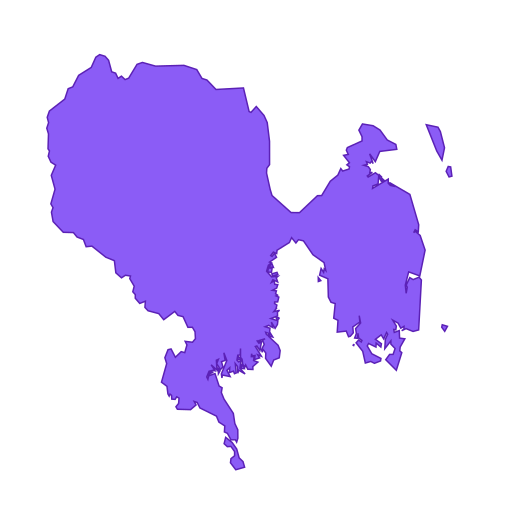 Ambanja, Diana, Madagascar (Equal Earth projection), rotated 176°
{"feature_id": "10022922B10293113814705", "entity_name": "Ambanja", "entity_type": "district", "adm_level": 2, "iso_a3": "MDG", "parent_name": "Madagascar", "parent_adm1": "Diana", "projection": "equal_earth", "projection_center": [48.458, -13.784], "detail": "fine", "context": "isolated", "style": "filled", "palette": "violet", "viewbox_px": 512, "rotation_deg": 176, "n_neighbors": 0, "source": "geoboundaries", "source_scale": "gbopen_adm2", "svg_char_len": 6131}
<svg xmlns="http://www.w3.org/2000/svg" viewBox="0 0 512 512"><g transform="rotate(176 256 256)"><path d="M292.7,435.0L297.5,436.9L302.1,446.1L314.6,451.2L342.9,452.4L355.8,457.0L361.3,455.5L370.6,442.3L374.3,441.1L377.7,444.8L381.2,442.8L383.3,448.2L387.1,449.8L389.4,461.5L392.7,465.8L397.9,467.8L401.9,465.5L407.2,455.6L420.3,448.6L427.0,437.5L431.7,436.0L435.8,425.9L452.0,415.0L454.6,408.9L453.6,403.5L455.8,398.1L454.5,392.3L456.0,377.4L454.7,375.2L456.3,370.0L454.0,363.9L449.5,360.6L454.6,350.7L451.8,336.7L457.0,322.3L455.1,318.4L457.0,314.0L456.0,304.5L446.6,293.1L436.5,292.1L433.2,287.4L427.0,284.5L424.8,277.1L419.0,277.3L405.8,265.2L397.6,261.2L397.0,249.0L391.7,243.6L387.6,245.9L382.6,244.8L383.5,242.2L379.6,234.4L381.4,228.9L379.1,225.9L379.4,222.3L375.3,216.8L369.5,218.6L370.4,212.5L367.5,208.9L357.0,205.3L352.5,198.9L340.9,206.4L338.0,202.2L333.0,200.6L328.9,189.6L324.4,189.3L322.1,184.7L322.2,177.7L325.4,174.4L332.6,175.8L331.1,172.1L333.8,164.6L337.3,165.8L343.5,160.6L347.2,169.2L350.3,168.7L354.0,160.9L352.6,154.9L359.1,136.7L353.9,132.2L353.5,124.6L352.4,122.3L351.4,124.2L350.0,122.9L350.0,119.1L346.7,118.6L344.9,121.1L342.7,119.6L343.5,114.3L346.4,111.2L345.1,108.6L332.0,107.3L326.2,111.6L327.8,115.2L324.9,114.0L322.5,108.3L306.6,99.0L304.6,92.9L299.0,88.7L299.8,82.7L296.9,81.1L293.8,74.4L289.4,74.1L288.3,71.7L286.8,75.5L286.3,83.9L288.8,90.4L289.6,100.6L297.9,115.5L300.1,122.2L299.0,126.9L301.9,128.9L305.1,141.6L311.6,139.7L312.6,136.3L313.6,138.8L310.9,144.3L306.9,145.0L304.8,144.3L308.3,150.6L302.9,144.9L302.8,154.8L300.7,155.6L302.7,151.4L299.4,145.2L296.7,147.6L297.8,153.0L294.1,154.0L294.8,161.7L292.4,153.8L298.8,140.7L298.5,136.7L297.8,139.6L290.2,137.5L293.0,144.0L290.0,146.4L290.6,141.6L286.5,142.7L285.7,140.1L283.9,140.7L284.2,150.1L282.2,147.2L282.3,140.3L281.3,143.3L275.1,139.1L279.9,145.1L278.4,152.2L280.8,151.6L282.3,153.5L281.1,158.3L278.6,158.4L277.9,164.8L278.5,155.9L277.1,154.0L276.8,148.9L274.8,146.1L273.9,148.0L272.1,143.6L267.0,143.0L266.9,145.9L261.5,150.0L265.7,151.9L264.9,155.7L267.7,155.9L267.2,158.8L266.8,156.6L263.9,156.8L264.7,152.8L259.5,154.1L261.2,157.3L257.6,155.6L263.0,165.8L261.4,166.2L258.7,161.5L256.5,169.9L259.2,168.8L261.2,171.9L259.2,169.3L257.6,170.7L259.6,171.3L252.7,172.8L255.4,171.6L254.0,167.3L257.1,162.1L256.4,159.5L255.9,162.9L253.0,158.5L253.6,153.2L248.5,145.0L245.6,151.0L239.9,152.8L238.5,160.0L240.2,165.4L249.1,175.0L248.6,176.9L250.2,176.2L251.2,177.3L251.7,179.2L248.1,177.7L247.8,174.9L244.9,174.0L247.7,179.3L247.1,183.0L251.8,184.8L248.2,186.0L244.3,183.5L245.3,189.0L242.0,182.5L239.4,186.2L238.7,189.8L245.6,192.6L238.7,194.7L238.5,198.6L236.3,200.2L242.1,199.3L238.7,203.0L239.6,202.4L238.6,205.6L240.8,207.3L240.6,208.8L237.6,208.7L236.1,213.4L238.8,214.8L237.3,215.5L239.1,217.0L238.1,219.8L242.0,220.6L237.6,222.6L236.3,225.9L239.2,226.4L239.7,229.9L242.4,228.6L240.8,231.2L236.2,228.6L237.3,232.9L235.4,234.3L241.9,234.1L246.5,240.1L244.3,245.9L241.1,248.1L242.9,249.0L235.6,253.3L237.4,257.4L240.0,254.4L241.3,255.4L238.4,258.7L235.2,257.0L234.6,260.3L221.8,267.1L219.2,271.8L215.3,266.2L212.5,269.3L207.6,267.8L199.1,253.3L188.6,244.7L187.4,236.6L188.9,238.4L189.7,235.0L191.9,239.0L193.9,232.4L185.9,228.3L186.7,210.0L184.4,204.6L180.3,203.0L182.8,188.5L178.7,186.1L180.3,174.4L171.2,174.8L169.3,169.0L167.5,169.4L164.3,172.6L164.4,178.5L157.0,182.9L157.2,189.3L156.3,181.9L161.7,176.6L161.3,171.7L163.3,167.3L160.5,166.8L159.7,171.8L159.3,167.0L156.2,164.4L157.0,162.9L159.5,165.0L162.2,162.4L156.2,153.5L154.4,141.6L148.9,142.8L145.3,140.7L139.1,142.6L138.5,145.1L147.3,150.4L151.3,158.5L149.8,160.9L142.7,156.8L142.2,160.7L137.8,156.5L137.0,159.7L142.7,164.6L136.6,168.6L134.4,164.4L131.1,170.6L130.1,168.8L132.8,163.8L134.0,154.5L127.4,161.9L127.6,158.7L123.7,154.0L126.1,148.3L129.6,148.5L133.8,143.5L124.0,132.2L117.3,149.4L119.2,151.4L118.5,155.2L113.3,163.0L118.5,164.1L118.3,171.6L123.4,170.1L123.7,173.1L121.7,172.6L120.9,176.3L124.1,182.5L118.9,179.1L116.6,173.9L113.3,175.5L113.5,172.7L115.9,171.3L111.4,173.1L104.6,169.8L98.9,170.9L92.7,220.5L94.8,223.5L100.9,221.5L104.1,223.7L108.2,216.5L107.3,214.3L108.8,208.3L109.1,216.6L104.8,229.5L94.0,224.7L86.9,250.1L90.8,265.0L95.3,269.5L97.1,268.3L95.4,271.1L92.4,268.8L91.5,275.8L98.2,306.7L117.9,320.1L114.3,316.2L117.0,317.0L119.0,319.3L118.7,323.5L135.0,315.3L134.5,317.8L129.2,319.4L127.9,327.9L131.1,330.7L138.6,326.9L139.4,328.1L134.1,331.3L136.7,331.2L135.9,334.3L137.8,337.3L142.1,339.0L138.5,339.6L139.3,342.4L135.7,340.7L133.9,342.5L132.7,340.0L135.5,350.0L130.4,341.8L125.2,351.7L108.1,352.6L108.7,357.5L117.0,362.6L123.5,373.0L130.1,377.8L140.6,380.3L144.6,374.4L141.9,367.6L142.2,363.4L157.3,357.8L158.5,355.3L156.9,350.9L161.6,350.3L156.3,342.5L159.0,340.6L156.5,338.5L157.1,336.3L163.6,334.7L165.3,337.3L168.7,331.0L176.7,325.4L186.3,311.7L190.5,311.9L209.6,296.2L218.0,296.9L235.8,315.2L237.2,321.3L239.7,338.0L239.1,342.7L236.1,346.2L234.5,369.5L235.5,388.3L238.2,395.6L245.3,405.1L251.0,399.6L252.8,400.6L256.8,424.5L284.3,424.9L292.7,435.0ZM77.0,375.1L68.4,348.2L63.8,338.6L60.4,350.8L63.4,367.3L65.5,371.8L77.0,375.1ZM291.1,44.2L282.1,46.1L283.3,51.8L286.9,55.8L288.7,64.8L292.8,71.6L298.9,77.2L300.9,71.0L297.9,67.8L294.3,67.8L291.0,62.4L291.3,58.2L295.1,55.6L295.9,51.5L291.1,44.2ZM58.0,331.9L60.4,327.2L57.9,321.4L55.0,322.0L55.6,331.3L58.0,331.9ZM244.3,243.2L245.6,239.2L241.7,238.7L240.8,242.6L244.3,243.2ZM75.7,172.0L73.0,167.7L69.9,172.5L75.0,174.4L75.7,172.0ZM239.4,243.4L240.6,247.0L244.3,244.3L239.4,243.4ZM241.5,237.1L240.7,234.8L235.5,236.1L236.2,238.2L241.5,237.1ZM281.5,154.1L277.8,153.2L280.5,156.9L281.5,154.1ZM306.6,143.3L310.6,143.2L311.9,141.0L306.6,143.3ZM195.4,230.2L195.6,226.2L193.1,226.9L195.4,230.2ZM275.4,144.4L275.8,146.1L277.7,148.3L278.6,144.9L275.4,144.4ZM127.1,328.2L127.2,324.7L126.3,322.9L125.2,326.1L127.1,328.2ZM301.7,146.3L301.6,143.6L301.7,141.2L299.9,144.0L301.7,146.3ZM122.7,322.3L124.8,324.5L125.5,321.8L122.7,322.3ZM240.3,193.2L239.3,190.5L237.4,192.0L237.6,192.9L240.3,193.2ZM164.2,161.2L165.3,160.3L164.8,159.9L164.2,161.2Z" fill="#8b5cf6" stroke="#5b21b6" stroke-width="1.5"/></g></svg>